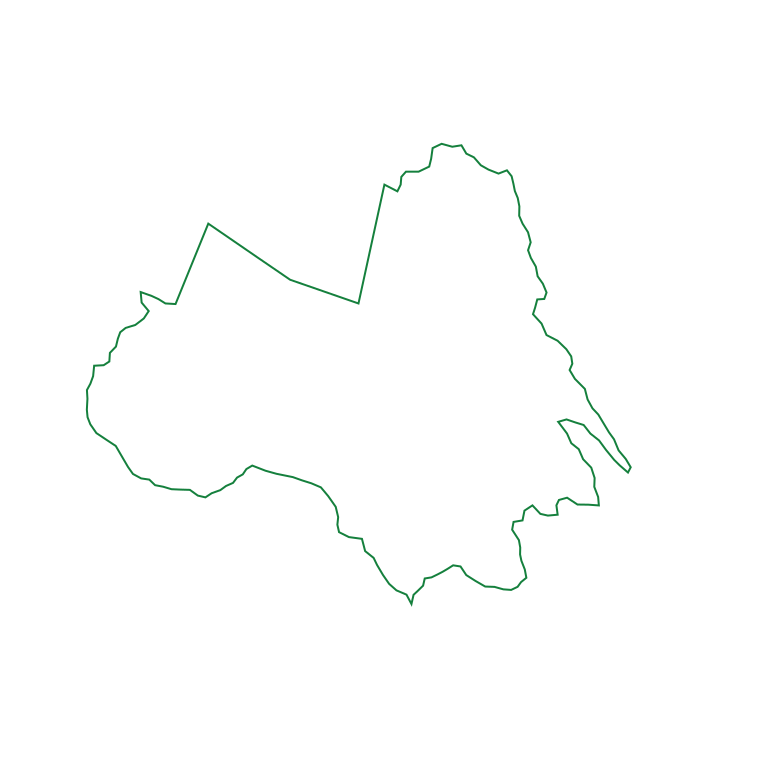 outline of Rancho Queimado, Santa Catarina, Brazil, rotated 314°
{"feature_id": "56859067B14701683367947", "entity_name": "Rancho Queimado", "entity_type": "district", "adm_level": 2, "iso_a3": "BRA", "parent_name": "Brazil", "parent_adm1": "Santa Catarina", "projection": "equal_earth", "projection_center": [-49.09, -27.678], "detail": "fine", "context": "isolated", "style": "outline", "palette": "green", "viewbox_px": 768, "rotation_deg": 314, "n_neighbors": 0, "source": "geoboundaries", "source_scale": "gbopen_adm2", "svg_char_len": 2398}
<svg xmlns="http://www.w3.org/2000/svg" viewBox="0 0 768 768"><g transform="rotate(314 384 384)"><path d="M609.5,273.9L602.1,268.3L596.8,258.6L587.5,255.1L578.7,261.5L571.8,265.5L560.8,261.4L552.0,252.3L545.0,252.6L539.0,257.5L531.9,259.8L527.7,245.8L424.2,309.7L393.8,244.1L387.1,204.7L377.3,146.2L296.7,178.5L290.1,170.8L288.4,162.8L285.9,155.6L281.1,145.1L274.2,153.1L273.0,164.1L264.3,165.7L253.7,164.1L244.9,159.2L238.0,158.3L231.7,161.1L224.7,165.2L216.0,165.2L209.4,170.8L202.8,169.3L195.8,162.8L187.6,169.3L180.2,172.6L173.3,174.5L167.4,180.9L159.1,188.1L154.2,193.8L151.0,200.7L148.9,211.2L151.0,222.8L153.1,234.1L151.0,241.5L148.8,249.3L146.5,257.5L144.9,265.9L147.4,274.9L152.2,281.6L152.2,289.6L156.7,296.5L160.7,304.2L166.7,311.0L173.0,317.9L174.4,327.6L178.4,334.3L185.7,335.9L194.0,340.0L200.9,341.2L208.0,344.1L214.6,343.3L220.9,345.2L227.2,344.1L233.8,345.9L239.3,359.0L244.7,369.0L249.8,377.0L253.7,383.1L257.7,391.9L262.1,400.7L265.8,410.4L264.6,421.7L262.1,434.6L256.4,443.5L250.4,448.2L246.2,454.6L249.5,465.1L257.3,475.7L250.7,486.5L251.7,497.4L249.0,504.7L245.9,516.0L243.8,526.5L244.2,536.3L248.1,546.5L244.8,556.6L252.9,551.7L258.6,552.0L266.1,552.2L272.4,548.4L277.9,552.5L284.2,554.8L289.6,556.6L295.0,558.1L301.6,559.7L305.9,565.8L303.7,575.9L305.9,586.7L308.6,597.5L314.8,604.4L319.2,612.5L324.2,618.5L330.9,621.0L336.7,620.2L343.5,621.0L348.4,614.1L352.3,605.6L355.9,600.3L361.0,595.6L365.4,589.5L368.2,577.4L374.8,573.0L382.1,578.4L390.5,573.0L399.8,575.1L399.2,586.7L403.2,593.3L410.6,599.7L416.5,592.3L422.1,590.4L429.4,594.7L431.7,606.9L439.2,614.9L445.9,622.9L451.5,616.5L456.1,606.7L462.7,600.8L467.8,591.2L468.2,579.5L472.4,569.4L471.5,559.9L475.5,550.1L477.8,535.6L485.3,539.9L489.3,548.4L493.2,556.1L491.7,566.9L492.8,577.9L490.8,589.5L489.3,602.4L489.2,610.0L489.8,621.0L495.5,619.3L498.0,610.0L499.2,598.9L504.0,587.9L505.5,579.5L508.2,569.4L510.9,559.4L511.3,550.9L514.3,541.2L520.0,531.9L520.3,517.8L523.0,507.8L529.4,505.4L533.9,499.5L535.7,490.9L535.7,478.8L532.1,466.9L536.9,455.4L537.7,442.7L543.8,439.7L551.3,435.5L556.5,440.2L562.7,437.4L566.5,428.6L568.2,419.7L573.9,411.7L576.7,402.1L580.3,394.7L587.8,391.1L593.2,382.2L595.6,372.3L598.9,364.4L605.8,358.0L610.7,351.0L613.7,344.1L618.0,337.9L622.1,331.5L623.1,324.0L614.9,320.2L610.8,310.2L608.6,301.7L609.5,291.2L606.9,283.2L609.5,273.9Z" fill="none" stroke="#15803d" stroke-width="2"/></g></svg>